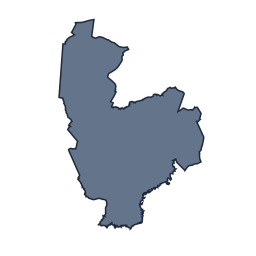 outline of Soconusco, Veracruz, Mexico, rotated 99°
{"feature_id": "50627088B56409372857875", "entity_name": "Soconusco", "entity_type": "district", "adm_level": 2, "iso_a3": "MEX", "parent_name": "Mexico", "parent_adm1": "Veracruz", "projection": "orthographic", "projection_center": [-94.827, 18.007], "detail": "fine", "context": "isolated", "style": "filled", "palette": "slate", "viewbox_px": 256, "rotation_deg": 99, "n_neighbors": 0, "source": "geoboundaries", "source_scale": "gbopen_adm2", "svg_char_len": 5898}
<svg xmlns="http://www.w3.org/2000/svg" viewBox="0 0 256 256"><g transform="rotate(99 128 128)"><path d="M55.1,205.4L108.6,200.9L108.9,196.9L110.6,196.5L111.6,195.5L112.8,195.2L113.6,195.3L115.4,193.9L117.4,192.9L119.3,192.8L120.4,192.4L120.8,191.9L122.6,191.5L123.8,190.2L126.5,189.2L128.5,185.8L130.1,184.8L130.3,184.4L131.7,185.6L134.0,186.8L134.8,187.0L135.4,185.0L136.7,186.5L139.0,187.3L149.0,175.8L156.6,176.3L157.3,179.6L157.0,181.0L157.5,182.1L158.5,183.3L160.1,182.6L182.3,168.3L184.6,169.4L185.2,169.4L185.2,168.5L185.4,168.6L185.4,168.9L186.7,169.3L186.9,168.8L189.5,166.0L190.2,165.8L190.6,165.1L191.6,164.9L192.6,163.9L193.3,163.7L193.6,164.1L194.5,162.5L194.8,163.0L194.7,161.8L195.3,161.5L195.5,161.9L196.6,160.6L197.9,160.1L198.2,160.3L199.0,159.8L199.8,159.9L199.5,160.4L200.2,160.5L200.3,160.0L200.7,160.1L201.1,159.2L202.5,158.6L202.0,158.0L202.6,156.7L203.5,155.6L204.2,150.7L202.1,146.0L202.0,144.7L202.5,141.8L202.3,141.4L202.5,139.4L203.0,138.2L206.4,137.0L207.7,136.9L210.4,137.7L216.0,136.7L217.2,136.9L218.4,138.3L219.0,137.4L219.0,138.1L218.7,138.9L220.3,138.4L221.0,138.0L222.5,139.5L222.7,139.1L223.4,139.1L224.2,140.2L225.3,140.9L225.9,140.7L226.2,140.4L226.7,140.6L227.9,142.1L228.2,142.1L228.2,141.4L227.7,141.0L228.1,139.6L228.7,139.4L228.8,138.9L228.1,137.6L228.0,136.0L228.2,135.2L228.4,135.0L228.1,134.6L229.4,133.8L229.8,133.2L229.0,132.8L228.2,133.6L227.8,132.3L227.2,131.9L226.7,132.1L226.6,130.4L226.3,130.2L225.3,130.6L224.9,129.4L224.1,129.1L224.4,128.9L225.2,129.2L225.7,129.0L226.0,128.4L226.3,127.4L226.1,126.9L225.6,126.4L226.0,126.2L226.2,124.6L226.5,124.5L227.3,125.4L227.5,126.1L228.5,125.6L228.8,125.1L227.5,124.2L226.4,123.9L226.1,123.5L227.4,122.5L227.4,121.7L226.4,120.6L226.9,119.4L226.0,119.9L225.3,119.6L225.3,119.0L225.7,118.5L225.0,118.0L224.8,117.6L225.4,117.2L224.2,114.8L224.4,114.4L224.8,115.2L225.1,115.2L225.6,114.4L226.0,114.9L225.6,113.5L226.3,111.5L226.3,110.2L227.4,110.0L226.5,109.3L225.9,109.3L225.5,108.9L224.6,109.0L223.8,108.4L224.0,107.7L222.5,106.5L221.1,103.4L220.4,103.4L220.3,103.0L220.6,102.2L220.3,101.4L219.7,101.7L218.8,100.6L219.0,100.0L219.7,100.0L219.6,99.7L218.7,99.4L218.1,99.3L217.5,99.6L215.8,99.4L215.1,99.9L214.3,99.6L213.7,100.4L213.4,100.0L212.4,99.4L211.6,100.1L211.4,101.1L210.4,100.8L210.1,101.3L209.9,100.9L210.0,99.7L209.2,99.9L207.7,99.5L208.0,100.1L207.9,100.8L207.6,100.9L206.9,100.6L206.5,100.7L206.4,101.0L207.5,101.7L207.3,102.1L206.8,102.0L206.2,101.5L206.2,101.8L204.0,103.6L202.0,104.5L201.4,102.3L199.8,102.1L201.0,103.2L200.4,104.3L198.6,104.0L197.5,103.5L197.2,102.7L197.2,102.0L195.0,102.8L195.0,101.3L194.7,100.8L194.1,100.6L194.4,101.3L194.4,102.2L193.8,102.6L192.5,102.3L192.3,102.8L191.9,103.1L191.1,102.6L191.6,101.9L191.0,101.8L190.8,102.3L190.5,102.4L189.5,101.9L189.4,101.6L190.4,100.8L190.8,100.1L189.9,99.6L189.3,100.4L189.0,100.4L188.7,100.1L189.0,99.1L187.1,98.5L186.0,97.6L187.2,97.2L188.0,97.9L188.6,97.9L188.7,97.4L187.1,95.5L186.0,95.3L185.2,95.5L184.5,95.3L184.5,94.9L185.3,94.2L183.9,93.7L183.1,93.2L182.7,92.6L182.9,92.1L183.5,92.2L184.2,91.9L184.1,91.6L182.6,91.4L182.0,89.9L182.2,89.3L180.2,89.6L179.9,89.3L180.5,88.3L180.4,88.0L179.3,87.3L178.1,87.5L177.7,87.3L177.9,86.3L176.7,85.3L176.7,84.7L175.8,83.8L175.4,82.6L177.4,80.6L177.4,79.0L176.2,78.4L175.7,78.7L175.9,80.0L175.5,81.0L174.4,81.3L174.0,80.5L171.9,81.1L171.3,80.9L171.1,79.8L172.8,77.8L172.1,77.4L170.9,77.4L170.1,78.2L168.7,78.9L166.6,79.2L166.1,78.2L166.3,76.5L164.0,76.7L163.6,76.5L163.3,74.9L162.0,75.7L161.3,74.5L161.0,74.3L161.1,75.0L160.8,75.6L159.6,76.0L159.5,76.6L159.2,77.0L158.8,76.8L158.8,77.8L157.2,78.2L155.7,78.2L155.4,76.9L154.6,77.4L153.5,77.4L153.1,78.7L152.5,77.9L152.2,76.5L151.7,76.7L151.2,76.0L153.6,74.9L154.7,73.9L160.6,65.7L161.2,65.2L157.2,63.2L155.8,62.1L154.4,58.2L153.2,56.9L152.4,53.9L150.0,50.6L147.2,52.3L143.6,53.2L141.9,53.2L140.5,53.9L138.7,52.6L137.2,52.3L135.5,52.4L133.6,51.9L127.1,51.6L125.1,51.8L110.9,61.2L110.6,61.0L111.2,60.2L108.2,58.0L108.0,58.7L102.2,58.1L96.7,62.8L97.2,64.5L96.9,65.4L98.4,65.7L98.6,66.3L100.1,66.8L100.4,67.3L99.9,68.6L101.0,71.4L99.7,76.1L100.1,77.1L102.2,78.9L103.9,81.2L85.4,77.9L84.3,78.6L83.7,79.9L83.2,83.6L82.5,85.3L80.2,87.8L81.1,88.1L81.3,89.8L82.0,91.0L82.0,91.6L81.5,92.1L81.3,93.0L81.9,93.4L82.8,95.0L84.2,95.6L85.0,95.7L87.1,98.1L87.4,98.2L88.9,99.5L90.3,98.8L89.9,100.0L90.6,100.3L91.3,101.2L91.0,101.5L90.8,102.8L90.5,103.0L90.3,103.9L90.6,104.5L91.1,104.8L90.3,105.3L90.6,107.6L91.5,108.1L92.4,108.1L93.6,109.3L93.7,109.9L94.3,110.5L94.1,111.3L94.5,113.4L96.5,116.6L97.6,117.1L97.5,118.1L98.2,118.3L99.2,120.3L100.7,124.2L101.8,124.7L101.4,125.8L101.5,126.0L102.1,126.1L102.2,126.5L101.4,127.2L101.2,127.9L101.9,130.1L103.0,130.5L104.1,129.8L104.4,129.9L104.4,130.6L104.8,130.6L104.6,130.3L104.8,130.1L105.5,130.1L105.9,130.6L106.3,130.5L107.4,132.9L107.8,132.9L108.1,134.2L109.1,134.1L109.2,134.6L110.0,135.2L109.9,135.6L109.3,135.7L109.0,136.9L109.5,138.0L110.3,138.2L109.9,138.5L110.7,139.9L109.8,140.1L109.3,141.2L109.6,141.6L109.1,142.5L109.4,142.7L109.4,143.4L109.2,143.5L109.1,144.0L109.4,144.2L109.5,145.4L110.3,145.7L110.2,146.6L109.7,146.8L109.7,147.6L105.5,146.5L104.8,149.3L98.7,146.8L94.1,145.4L93.6,146.7L92.0,146.2L90.9,146.6L89.5,146.5L88.5,146.6L87.2,147.2L86.2,148.0L84.2,150.8L81.7,155.0L80.8,156.1L79.8,156.1L77.6,155.7L76.2,154.4L74.5,152.2L74.0,151.9L73.0,150.4L70.0,148.0L68.1,146.9L62.5,144.5L60.8,144.6L58.5,145.2L58.0,145.1L56.9,144.1L55.7,144.4L55.1,144.9L52.5,143.1L50.3,139.7L48.1,141.5L49.0,144.1L49.2,145.4L49.0,149.3L48.7,150.2L46.0,154.8L45.7,157.6L44.0,161.2L44.0,162.4L42.6,166.9L42.2,169.9L42.5,170.9L44.4,174.2L44.3,175.0L43.3,178.2L26.2,178.6L27.8,183.1L30.9,189.9L32.1,196.2L32.4,196.5L33.3,195.5L42.5,198.7L44.3,195.5L44.8,196.0L47.7,200.1L50.1,202.2L52.0,202.3L52.1,203.2L53.3,203.5L54.1,203.0L54.8,203.0L55.1,205.4Z" fill="#64748b" stroke="#1e293b" stroke-width="1.5"/></g></svg>